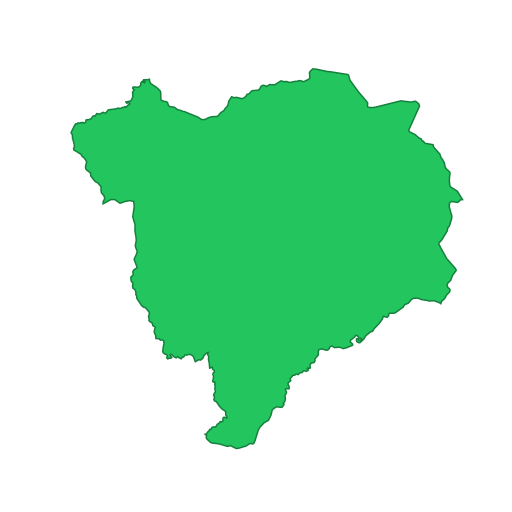 Letefoho, Ermera, East Timor (Albers equal-area conic projection), rotated 188°
{"feature_id": "22284137B23883045309989", "entity_name": "Letefoho", "entity_type": "district", "adm_level": 2, "iso_a3": "TLS", "parent_name": "East Timor", "parent_adm1": "Ermera", "projection": "albers", "projection_center": [125.458, -8.838], "detail": "fine", "context": "isolated", "style": "filled", "palette": "green", "viewbox_px": 512, "rotation_deg": 188, "n_neighbors": 0, "source": "geoboundaries", "source_scale": "gbopen_adm2", "svg_char_len": 6059}
<svg xmlns="http://www.w3.org/2000/svg" viewBox="0 0 512 512"><g transform="rotate(188 256 256)"><path d="M281.6,72.4L280.0,71.4L280.1,69.4L279.2,68.0L275.2,65.1L273.8,64.7L266.3,64.8L258.5,63.6L257.1,63.6L255.2,64.7L248.7,62.6L246.5,63.2L239.3,66.5L235.8,69.6L233.2,69.4L232.2,69.9L231.3,72.8L229.5,83.9L228.1,87.3L224.7,92.0L220.8,95.0L219.0,100.5L218.5,105.7L217.4,107.2L214.7,109.5L209.2,109.7L207.6,112.8L208.4,114.0L207.4,115.4L206.9,118.2L207.9,121.9L206.8,124.7L206.9,125.7L208.3,127.6L207.9,128.8L204.7,129.1L205.1,131.5L206.4,133.3L206.5,134.3L206.2,135.3L204.2,137.4L205.2,139.6L203.5,141.5L203.2,142.9L201.2,143.2L199.8,144.8L197.7,144.4L196.2,146.5L194.2,146.9L193.1,148.8L191.4,149.1L190.3,148.7L188.3,150.2L188.7,151.2L189.6,151.7L188.9,152.5L187.4,152.1L186.6,152.8L187.4,155.5L186.8,157.2L183.5,158.8L183.0,160.4L183.3,162.4L180.5,166.6L181.0,170.2L180.6,172.0L178.3,173.1L173.0,172.5L171.8,172.9L170.6,174.4L170.4,175.8L169.5,177.0L168.3,177.4L165.5,176.2L161.0,177.2L159.6,177.2L156.8,176.4L153.7,177.7L148.0,181.0L148.0,182.2L150.9,184.2L150.6,185.8L146.8,189.8L146.4,191.1L144.5,191.2L142.5,189.2L141.3,189.3L139.9,188.5L140.6,187.3L141.6,187.1L143.8,188.3L144.9,187.9L144.7,186.1L144.2,185.2L142.1,184.4L141.0,184.6L137.7,188.7L136.1,192.4L132.3,196.5L129.9,197.9L128.9,200.5L124.7,206.2L122.2,210.9L121.5,213.9L117.5,213.6L116.4,215.2L116.4,217.1L115.6,218.0L111.9,218.4L110.3,219.0L103.1,225.9L102.2,228.4L98.7,230.4L95.5,235.2L93.6,236.1L89.9,236.8L86.3,235.9L80.2,235.8L78.5,235.5L73.4,236.5L67.7,235.2L66.4,234.5L65.8,237.1L63.4,239.8L61.7,244.1L59.3,247.3L59.1,249.3L59.5,250.2L61.8,251.7L62.9,253.9L62.4,255.6L59.9,258.9L58.6,264.4L55.7,269.6L56.6,271.2L66.7,279.9L74.0,289.5L76.5,293.3L76.8,294.8L75.7,295.6L74.3,297.7L70.0,307.7L70.2,309.4L69.7,311.0L68.7,312.6L67.7,318.6L67.4,320.8L67.7,323.0L71.6,331.8L71.7,335.5L70.0,337.2L63.9,337.1L62.3,338.5L61.5,339.9L59.3,340.6L65.7,348.2L72.8,351.4L73.8,352.6L75.0,357.2L75.4,361.6L75.3,364.6L75.8,366.1L80.1,369.1L81.5,371.5L82.4,374.3L84.7,377.5L86.4,379.1L88.2,382.6L95.1,388.4L96.2,390.9L104.2,391.1L105.4,391.9L106.0,392.9L107.5,393.1L108.9,395.1L110.9,395.4L115.3,398.4L120.6,400.1L122.4,401.4L114.9,427.3L116.0,429.3L119.1,431.3L120.3,431.4L123.5,430.0L134.2,429.8L158.2,420.1L161.5,419.1L165.6,418.9L166.4,419.4L166.7,423.0L167.5,424.0L177.8,433.2L187.4,443.2L189.5,448.0L190.4,448.5L208.3,448.8L210.5,448.6L222.3,449.4L225.9,449.2L228.3,446.0L228.6,444.8L227.7,441.1L227.6,439.8L228.4,438.4L233.1,435.2L236.0,435.8L237.7,435.7L239.7,434.7L241.9,434.3L246.6,432.5L250.2,433.1L252.2,432.5L255.7,432.9L261.2,428.2L266.5,427.6L269.4,425.2L270.5,425.9L272.5,426.1L273.7,425.6L274.7,424.6L275.6,421.9L276.8,420.5L282.5,419.3L283.7,418.4L285.2,415.8L287.4,414.8L288.4,412.5L290.5,410.4L292.1,409.9L297.7,410.4L299.7,409.7L302.3,410.3L304.5,405.6L304.8,401.6L305.8,399.4L306.9,398.1L308.0,395.6L310.9,393.0L313.2,389.4L314.2,388.7L318.7,387.9L322.3,386.4L325.2,384.2L327.9,383.6L329.3,383.7L332.4,385.3L347.3,389.1L348.5,389.0L350.8,389.7L353.8,389.9L357.4,391.8L358.7,392.1L361.9,391.8L362.7,392.2L364.0,393.5L365.0,395.7L366.4,396.4L369.0,396.3L371.4,397.2L372.0,397.9L373.2,405.0L374.1,406.4L377.6,408.9L384.2,412.1L385.6,414.0L386.1,416.2L388.3,415.4L391.9,414.8L392.2,414.1L390.2,413.3L390.3,412.1L392.9,412.8L393.5,412.6L394.2,411.1L393.9,409.4L394.3,408.2L396.0,406.9L396.7,406.6L400.7,406.4L401.4,405.9L401.3,404.6L399.6,403.5L401.1,401.1L400.1,397.0L400.9,393.8L401.9,391.9L403.8,391.4L404.7,390.8L406.2,390.7L406.3,390.3L405.3,389.4L403.4,389.9L402.1,389.5L402.3,388.5L404.2,387.2L404.9,385.7L406.9,385.5L407.2,384.9L408.5,384.7L410.9,383.2L413.4,383.2L415.2,382.2L422.2,380.3L422.9,379.8L424.5,376.7L426.1,376.6L427.5,377.0L430.7,374.7L433.5,374.9L434.8,372.2L435.9,372.3L437.1,371.6L438.4,368.9L440.6,367.8L443.1,367.2L443.4,365.0L444.2,363.8L445.7,363.8L446.2,364.2L447.0,363.6L448.1,363.8L449.0,363.1L450.9,363.0L451.4,362.0L452.9,361.8L453.7,360.4L456.3,352.5L454.6,350.1L454.0,346.6L453.5,346.0L451.3,340.5L451.1,338.7L451.6,337.0L451.2,335.7L443.5,332.4L442.0,330.4L439.7,329.1L437.8,327.1L436.8,325.6L437.3,320.9L436.8,318.7L435.7,317.6L431.5,315.2L430.7,312.2L427.1,308.7L425.7,307.4L423.0,306.4L419.5,303.5L419.0,302.7L418.7,299.6L417.8,297.0L414.8,294.4L413.8,291.5L414.9,288.8L414.7,286.4L407.5,291.7L403.6,292.2L398.0,289.3L393.0,291.9L388.7,293.3L384.7,293.0L383.5,288.1L383.5,277.6L380.1,270.0L379.4,264.2L377.2,257.1L376.7,254.3L377.0,251.1L376.8,248.6L374.2,243.9L375.0,239.8L376.1,236.7L376.0,235.2L372.4,228.7L372.3,227.6L375.2,225.1L375.8,223.1L374.9,220.3L377.0,217.6L376.5,215.0L375.8,213.4L374.5,212.4L374.0,211.5L374.1,209.5L373.5,207.1L371.5,206.0L370.6,205.0L369.7,202.5L369.6,201.0L368.7,199.9L368.0,197.3L362.3,190.9L360.4,189.7L358.2,189.4L354.4,185.9L353.5,184.4L354.0,181.2L352.9,178.3L353.1,177.3L352.3,176.4L349.4,175.1L348.5,172.7L345.7,171.4L346.2,169.1L346.2,166.3L344.3,163.4L343.6,160.3L340.4,160.6L339.0,159.3L337.5,159.9L335.7,159.4L334.9,156.5L335.2,153.5L335.1,149.7L335.0,148.4L334.5,147.3L332.4,146.1L330.8,145.9L329.8,145.0L330.3,142.7L329.0,141.8L328.2,142.5L326.0,143.0L325.3,143.7L327.0,145.2L327.1,146.7L326.0,146.7L323.6,145.0L320.9,144.0L319.4,145.6L318.5,144.7L315.7,143.8L315.0,145.4L313.6,145.9L312.6,148.0L310.5,148.3L309.3,149.1L306.7,149.3L304.1,147.9L301.4,142.9L298.3,145.3L296.4,145.2L294.4,147.3L293.6,150.3L291.5,153.1L289.9,153.7L290.3,152.4L290.1,151.4L289.2,150.7L288.8,149.3L288.7,147.0L287.4,143.5L286.3,138.5L283.8,139.8L283.2,137.9L281.3,136.6L281.2,135.1L282.0,134.3L282.3,132.9L281.3,131.0L281.2,128.6L281.5,125.8L280.7,125.2L279.1,125.4L278.9,122.6L278.3,121.9L278.3,118.5L277.4,116.9L277.6,114.8L278.3,114.1L278.6,112.0L277.7,111.2L277.4,109.8L277.8,108.1L277.0,106.7L275.0,106.3L271.5,102.3L268.9,100.1L264.4,97.7L263.8,94.2L262.3,92.5L262.3,91.5L265.2,91.9L266.1,91.1L265.9,87.7L266.9,87.0L267.8,87.2L268.7,86.7L268.9,85.7L271.0,83.9L272.1,81.1L274.8,80.7L275.9,79.9L276.5,77.9L277.7,77.9L278.4,76.0L279.4,75.0L280.1,73.1L281.6,72.4Z" fill="#22c55e" stroke="#15803d" stroke-width="1.5"/></g></svg>